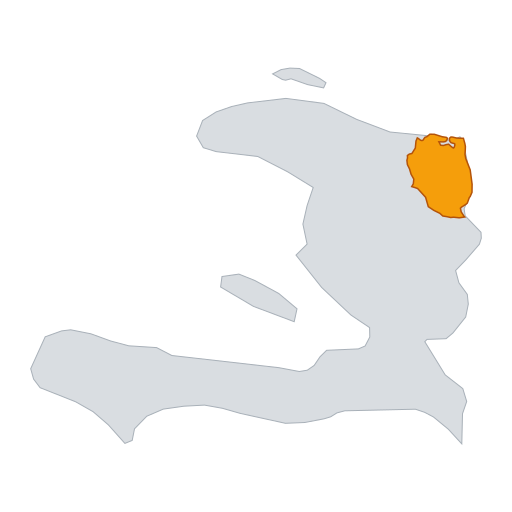 Nord-Est on a map of Haiti (Robinson projection)
{"feature_id": "HTI-1386", "entity_name": "Nord-Est", "entity_type": "Department", "adm_level": 1, "iso_a3": "HTI", "parent_name": "Haiti", "parent_adm1": "", "projection": "robinson", "projection_center": [-71.895, 19.504], "detail": "fine", "context": "in_parent", "style": "filled", "palette": "amber", "viewbox_px": 512, "rotation_deg": 0, "n_neighbors": 0, "source": "natural_earth", "source_scale": "10m", "svg_char_len": 2442}
<svg xmlns="http://www.w3.org/2000/svg" viewBox="0 0 512 512"><path d="M460.0,136.8L463.4,142.3L470.8,179.2L471.5,191.0L464.1,208.8L465.2,215.9L481.0,232.3L481.3,238.2L479.4,244.2L465.9,259.8L455.6,270.5L458.9,282.8L467.3,294.4L468.3,304.1L465.7,317.0L452.9,333.0L446.1,338.7L427.0,339.4L424.8,341.7L434.4,357.3L445.2,374.9L462.8,388.6L466.7,401.5L462.5,413.7L461.8,443.9L448.3,429.2L433.5,417.0L424.6,412.3L415.4,409.2L344.8,410.8L336.9,412.9L330.7,416.8L324.1,418.8L304.7,422.5L285.4,423.3L240.3,413.4L222.5,408.3L204.5,405.1L183.9,406.2L163.3,409.1L146.8,416.2L134.5,428.8L132.2,440.4L124.9,443.4L108.3,424.8L93.1,411.7L75.7,401.8L40.1,387.7L33.6,379.1L30.7,368.7L45.2,336.8L61.6,330.9L70.7,329.8L90.9,333.8L110.7,341.0L128.7,345.8L156.6,347.6L171.8,355.5L279.0,367.7L299.3,371.5L307.3,370.2L314.2,365.4L320.0,356.8L326.6,350.3L358.4,348.9L365.1,346.0L369.8,337.0L369.6,327.6L350.9,315.0L321.7,287.5L296.0,255.1L307.1,244.1L302.9,224.1L307.1,205.6L313.2,187.5L287.8,171.9L257.8,156.5L216.1,151.6L203.3,147.7L196.6,136.1L202.6,120.5L216.2,111.9L231.7,106.5L247.6,102.9L285.8,98.4L323.9,103.4L356.7,119.4L390.0,132.0L432.2,136.2L451.2,140.7L460.0,136.8ZM297.0,308.8L294.2,321.7L253.5,306.4L220.6,287.0L222.0,276.5L238.9,274.1L255.0,280.6L278.8,293.5L297.0,308.8ZM319.6,78.4L326.0,82.7L323.6,87.9L307.6,84.6L291.0,78.8L285.6,80.2L282.3,79.5L272.6,73.9L281.1,69.6L289.9,68.1L299.5,68.5L319.6,78.4Z" fill="#d9dde1" stroke="#a8b0b8" stroke-width="1"/><path d="M463.4,138.3L464.8,143.3L465.4,146.5L465.3,149.5L465.0,154.2L465.7,158.4L470.2,169.9L472.1,184.2L472.0,192.3L470.2,196.5L469.3,197.6L467.3,203.1L465.8,204.4L461.5,207.1L460.4,208.2L461.2,211.9L464.0,216.2L464.7,217.0L459.3,217.8L453.6,217.2L450.7,217.5L447.1,216.7L442.8,216.0L439.8,213.3L433.9,210.4L428.3,206.7L425.6,197.3L417.6,188.5L414.7,187.5L411.7,186.6L413.3,183.9L413.8,179.1L411.1,174.3L409.5,168.9L407.4,164.6L406.9,160.3L407.5,158.0L407.4,155.5L409.3,154.1L411.9,153.5L415.3,148.1L416.0,141.0L416.6,139.6L417.3,137.9L418.4,138.5L420.5,140.2L422.0,140.6L423.2,140.0L424.0,138.6L425.0,137.3L426.9,136.7L429.9,134.2L434.4,134.3L442.1,136.7L446.4,137.4L447.5,138.3L446.6,140.6L445.2,141.6L443.3,141.9L438.9,141.8L440.6,145.2L443.3,145.5L446.3,144.6L448.6,144.2L451.5,146.8L453.3,148.0L454.1,147.5L454.9,145.0L454.6,143.7L451.1,142.7L450.0,141.5L449.4,139.9L449.6,138.1L450.9,137.0L452.7,137.1L456.8,138.1L463.4,138.3Z" fill="#f59e0b" stroke="#b45309" stroke-width="1.5"/></svg>